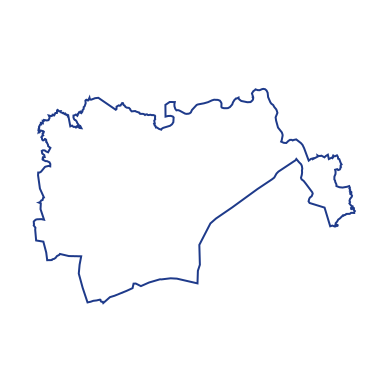 Azoyú, Guerrero, Mexico (Mercator projection), rotated 265°
{"feature_id": "50627088B36255961277224", "entity_name": "Azoyú", "entity_type": "district", "adm_level": 2, "iso_a3": "MEX", "parent_name": "Mexico", "parent_adm1": "Guerrero", "projection": "mercator", "projection_center": [-98.537, 16.655], "detail": "fine", "context": "isolated", "style": "outline", "palette": "blue", "viewbox_px": 384, "rotation_deg": 265, "n_neighbors": 0, "source": "geoboundaries", "source_scale": "gbopen_adm2", "svg_char_len": 5927}
<svg xmlns="http://www.w3.org/2000/svg" viewBox="0 0 384 384"><g transform="rotate(265 192 192)"><path d="M224.8,40.5L222.1,40.1L208.6,40.8L199.5,44.0L199.4,43.3L197.0,42.4L196.8,41.2L195.0,39.5L194.8,38.6L193.9,40.4L188.1,39.6L177.3,42.2L178.1,39.5L178.3,35.2L178.0,33.8L176.4,31.8L174.5,31.7L173.9,31.9L172.5,31.4L170.1,32.9L168.1,32.5L157.3,32.5L155.5,39.6L144.4,41.5L136.7,41.8L136.4,46.4L137.1,47.0L137.4,48.8L138.3,50.4L139.9,51.8L141.0,54.4L141.8,55.0L138.9,63.8L137.6,76.0L129.4,73.7L120.6,72.1L106.2,74.7L91.1,78.3L91.5,81.4L92.2,84.2L92.3,87.5L92.8,91.0L92.6,91.4L91.6,91.5L90.8,91.9L90.4,92.8L90.4,93.5L89.1,93.9L94.4,101.1L95.4,105.8L99.2,118.2L101.4,124.4L105.8,125.8L105.7,128.0L102.7,132.9L105.6,141.4L107.8,152.4L107.6,154.1L107.9,163.1L107.0,169.4L100.5,189.5L113.0,191.0L118.8,193.5L138.7,194.7L159.1,207.6L163.5,213.6L173.2,230.8L189.2,257.4L197.7,272.9L199.2,275.2L203.0,277.8L204.8,279.9L214.6,297.9L215.8,298.8L212.5,301.1L210.1,303.1L208.4,303.7L205.7,303.9L203.8,303.4L202.0,303.4L199.6,302.9L196.6,301.8L195.0,302.3L193.3,304.2L190.4,306.1L181.2,311.8L179.8,312.1L177.3,310.8L176.2,309.0L174.8,308.1L172.5,307.3L170.8,308.2L164.9,322.7L145.8,326.7L146.3,328.9L145.2,331.1L145.2,331.7L146.3,331.8L146.3,332.5L145.5,333.4L145.6,334.0L145.9,334.2L146.5,334.1L146.9,332.9L147.4,332.3L148.4,332.4L149.8,333.9L151.8,335.3L152.7,336.9L155.6,340.4L155.2,340.9L155.7,341.4L155.9,342.9L156.7,343.8L156.5,347.3L157.4,348.7L157.0,351.7L157.7,351.7L158.8,352.6L159.9,351.7L161.8,351.9L162.1,351.4L161.0,349.8L161.1,349.2L162.2,349.0L163.0,350.6L163.7,350.8L164.5,349.4L166.9,347.8L168.2,348.6L169.4,348.1L171.3,348.8L173.3,350.7L174.3,351.1L175.8,350.4L176.1,349.6L177.3,349.5L177.4,350.7L178.1,350.7L179.3,349.3L180.2,349.8L181.8,349.1L182.3,349.7L184.2,349.1L183.7,347.0L183.3,342.4L183.9,339.3L185.3,336.4L187.0,336.5L189.5,335.6L190.9,335.5L192.1,334.9L194.9,335.2L197.4,336.5L199.7,336.8L201.7,336.5L202.1,338.7L201.1,339.5L201.5,341.1L202.2,341.7L203.5,342.1L203.9,342.6L204.9,342.2L205.9,342.6L206.4,343.4L208.1,342.6L211.9,341.6L212.4,340.5L214.2,340.4L215.9,339.6L215.1,337.5L215.3,336.4L216.1,336.0L216.1,335.8L214.1,335.5L213.5,334.8L214.1,334.3L212.9,331.2L217.3,330.6L216.1,328.3L215.0,327.0L216.9,324.1L216.7,322.7L217.0,320.8L217.5,320.2L216.3,320.3L214.4,315.6L215.0,315.7L214.6,313.4L213.1,311.0L225.9,307.5L229.3,306.2L231.2,304.8L235.3,300.4L235.0,297.9L234.6,296.8L235.2,296.0L235.4,294.2L234.5,292.5L232.6,290.2L233.0,287.7L234.4,285.2L235.5,285.8L240.3,287.2L241.4,287.2L243.5,286.7L248.7,283.3L255.8,282.0L259.1,281.8L263.4,284.0L265.8,283.5L267.0,283.1L269.6,281.3L271.5,280.5L273.1,278.7L274.5,277.9L279.9,276.1L284.3,276.0L286.6,275.1L288.0,273.8L288.5,272.2L288.4,270.9L287.5,268.1L287.8,266.2L288.7,264.2L288.0,263.5L287.1,261.9L285.0,260.3L281.2,261.2L281.0,260.7L279.7,261.1L278.9,260.8L278.0,260.2L276.5,258.2L276.6,255.0L278.4,249.0L280.0,247.3L281.0,246.6L282.0,246.6L281.2,244.6L281.4,244.1L280.0,242.3L277.7,240.6L275.7,239.7L273.3,237.2L272.4,235.0L272.7,231.1L273.3,229.4L273.7,228.9L274.4,228.7L277.6,229.1L278.7,228.8L280.6,227.7L281.5,225.8L282.0,222.0L281.5,219.7L280.1,215.8L279.3,211.6L278.7,205.5L278.3,204.2L273.7,199.1L271.4,197.8L270.6,196.6L270.3,195.4L270.3,193.3L270.7,191.9L274.2,186.6L274.8,185.1L274.7,183.6L276.3,182.6L278.9,182.0L281.0,182.1L283.1,182.7L283.6,177.6L281.1,173.1L269.4,172.2L269.8,174.8L269.7,177.4L268.9,179.4L267.9,180.2L263.2,179.5L261.2,178.0L259.9,175.9L258.4,168.9L257.6,167.3L256.8,166.8L257.7,164.7L259.5,162.4L259.4,161.7L261.0,161.3L261.4,160.7L263.3,160.2L263.4,160.9L266.3,160.6L267.8,161.7L268.4,161.5L270.8,161.9L271.4,161.6L272.1,159.9L272.0,158.9L272.6,157.2L272.4,155.5L272.7,154.4L273.3,153.9L273.2,152.5L272.8,151.9L273.7,151.0L274.1,150.0L274.4,147.1L274.9,146.9L275.1,146.5L275.7,146.4L276.9,143.5L277.6,142.5L277.6,138.9L279.1,137.8L280.0,137.6L281.3,136.5L281.7,134.4L282.6,133.1L284.0,132.4L284.5,131.5L286.5,131.0L286.7,130.2L285.9,129.7L285.2,128.8L284.4,128.4L284.2,127.6L284.7,126.6L283.6,124.3L281.2,124.0L280.6,123.2L294.0,106.9L293.9,103.6L292.8,99.8L293.0,99.3L292.9,98.8L293.4,98.3L294.9,98.1L292.3,96.7L292.2,96.3L293.1,95.2L292.8,94.6L292.9,94.4L292.4,93.8L289.7,93.8L287.9,93.0L286.6,92.4L286.0,91.5L284.2,91.3L283.0,90.1L281.6,89.8L280.2,88.6L280.4,88.3L281.2,88.5L281.9,88.1L281.9,87.8L281.3,87.2L281.3,86.4L280.1,85.8L279.9,85.3L278.6,84.9L277.9,84.4L279.3,83.1L278.6,81.6L278.5,80.6L276.6,80.4L275.1,80.8L274.0,81.5L273.8,82.2L272.4,83.2L270.6,83.8L268.1,85.3L267.6,86.4L265.2,87.4L265.6,85.5L266.0,85.1L267.1,85.0L267.1,84.3L268.0,83.9L267.5,82.9L266.7,83.1L266.3,82.0L267.2,80.9L267.2,79.6L268.6,78.3L268.0,76.5L278.9,75.4L278.6,74.9L279.2,74.9L279.8,74.4L279.7,73.5L280.5,73.2L280.8,72.7L281.2,72.5L280.8,71.7L282.0,70.8L281.8,70.1L282.5,69.2L282.7,68.5L283.4,68.1L283.6,67.6L284.0,67.9L284.0,66.6L285.5,65.3L285.1,64.7L282.5,64.3L282.6,62.8L280.3,61.4L280.4,61.1L281.0,60.9L281.3,60.2L281.2,59.8L280.2,59.5L279.9,58.4L280.1,57.9L279.9,57.0L280.5,56.6L280.7,56.0L279.0,56.6L278.1,56.5L276.1,55.3L275.9,53.6L276.7,50.8L275.7,50.5L276.0,49.5L273.3,49.4L273.5,48.4L274.0,48.3L274.1,47.5L272.4,47.5L272.4,46.6L270.3,45.3L270.0,45.5L269.6,45.2L268.8,45.2L268.4,44.8L268.2,44.7L268.0,45.0L266.9,44.5L266.5,45.6L265.2,44.5L264.8,44.4L265.3,45.3L265.0,45.5L265.6,46.0L266.2,46.1L266.5,46.5L265.6,48.9L265.3,48.8L264.9,49.6L263.8,49.2L263.3,48.3L262.9,48.4L261.9,48.1L261.9,48.4L261.4,48.7L260.3,47.0L259.7,46.8L259.6,47.1L257.3,47.3L256.5,47.9L256.4,48.6L256.9,49.5L257.6,50.0L257.5,50.5L256.9,51.1L256.5,51.3L254.6,51.1L254.1,51.8L253.0,52.0L251.9,52.6L250.2,52.7L248.3,54.8L244.1,52.1L245.1,50.2L246.3,48.9L246.5,47.0L246.0,45.9L243.7,46.1L243.4,46.4L243.1,46.4L241.7,48.0L239.6,48.3L239.6,46.5L238.5,46.2L238.6,46.6L237.1,46.3L235.5,48.8L235.4,50.2L234.0,52.6L232.2,53.3L229.9,53.0L230.5,51.4L230.0,48.3L229.7,47.6L225.4,43.4L224.7,41.9L224.8,40.5Z" fill="none" stroke="#1e3a8a" stroke-width="2"/></g></svg>